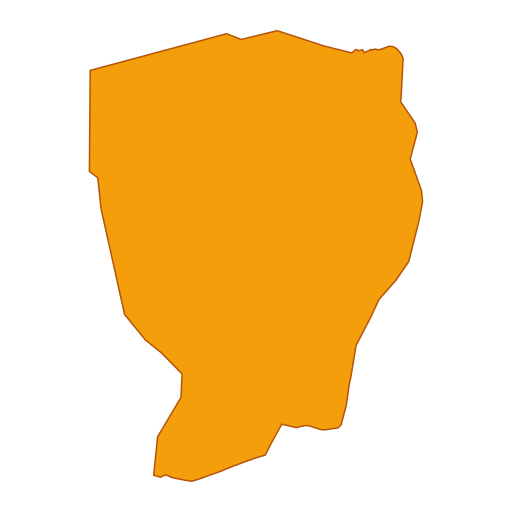 Calabar Municipal, Cross River, Nigeria (Mercator projection)
{"feature_id": "59680162B59054541310664", "entity_name": "Calabar Municipal", "entity_type": "district", "adm_level": 2, "iso_a3": "NGA", "parent_name": "Nigeria", "parent_adm1": "Cross River", "projection": "mercator", "projection_center": [8.34, 5.0], "detail": "fine", "context": "isolated", "style": "filled", "palette": "amber", "viewbox_px": 512, "rotation_deg": 0, "n_neighbors": 0, "source": "geoboundaries", "source_scale": "gbopen_adm2", "svg_char_len": 935}
<svg xmlns="http://www.w3.org/2000/svg" viewBox="0 0 512 512"><path d="M401.1,97.5L403.1,58.3L401.1,53.8L396.8,48.7L393.1,46.6L389.5,46.2L379.2,49.8L374.7,49.1L372.3,49.9L370.8,49.5L367.8,51.1L363.9,52.7L362.6,49.7L358.9,50.7L355.9,49.5L351.8,52.9L323.7,45.9L277.3,30.7L241.0,39.4L226.6,33.7L90.2,70.4L89.4,171.4L97.8,177.8L101.0,208.5L124.6,314.5L145.5,340.1L161.4,352.8L182.1,374.0L181.0,397.3L157.6,436.8L153.7,475.2L160.4,477.2L165.8,474.8L171.7,477.5L184.9,480.2L191.9,481.3L202.4,477.9L210.2,475.0L220.7,471.3L231.4,466.8L245.2,461.7L255.8,457.9L265.3,455.0L271.1,443.5L281.8,424.2L296.3,427.6L304.6,425.6L308.6,425.7L321.6,429.8L325.7,429.7L338.0,427.9L341.1,424.8L346.4,404.9L349.1,385.1L350.4,379.1L351.1,375.6L356.1,345.4L371.1,316.5L378.9,299.6L395.8,280.4L408.7,261.7L418.7,221.9L422.6,201.8L421.5,190.6L410.2,159.0L417.3,132.4L415.2,123.1L400.5,101.6L401.1,97.5Z" fill="#f59e0b" stroke="#b45309" stroke-width="1.5"/></svg>